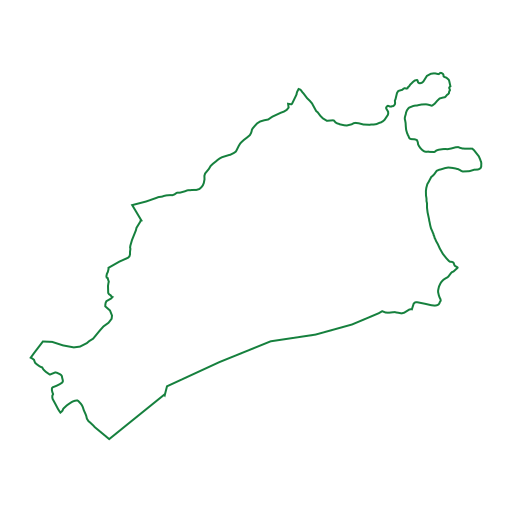 the district of Monchy/Mount Layau, Gros Islet, Saint Lucia
{"feature_id": "8701671B54690332526022", "entity_name": "Monchy/Mount Layau", "entity_type": "district", "adm_level": 2, "iso_a3": "LCA", "parent_name": "Saint Lucia", "parent_adm1": "Gros Islet", "projection": "mercator", "projection_center": [-60.92, 14.069], "detail": "fine", "context": "isolated", "style": "outline", "palette": "green", "viewbox_px": 512, "rotation_deg": 0, "n_neighbors": 0, "source": "geoboundaries", "source_scale": "gbopen_adm2", "svg_char_len": 5990}
<svg xmlns="http://www.w3.org/2000/svg" viewBox="0 0 512 512"><path d="M132.2,205.1L141.4,220.5L140.6,220.7L140.5,221.3L136.5,227.8L135.9,230.3L132.0,240.0L130.4,245.5L130.1,247.4L130.4,248.9L130.0,251.9L130.0,254.4L129.4,256.4L128.1,257.7L119.4,261.6L108.5,267.8L108.5,269.2L107.8,272.0L106.9,273.8L106.4,276.2L106.7,277.6L107.8,278.2L107.9,279.0L108.8,281.8L108.5,282.7L108.0,285.9L108.2,292.9L109.0,294.2L110.0,294.9L110.5,295.1L110.9,295.8L111.2,296.0L112.1,297.0L112.4,297.1L111.1,298.5L106.4,301.2L105.6,303.0L105.3,305.0L105.3,306.4L110.0,310.5L112.0,315.6L111.6,318.8L108.5,322.8L103.5,326.4L100.0,330.3L93.1,338.7L89.2,341.1L86.9,343.1L80.0,346.6L73.8,347.4L63.0,345.4L52.2,341.9L42.9,341.5L34.1,353.0L30.7,357.7L32.4,358.6L34.0,359.8L34.6,361.6L35.2,362.9L36.8,364.3L39.3,366.1L40.5,366.8L42.2,367.4L43.2,369.2L44.0,370.1L45.8,371.8L47.5,373.0L49.7,374.5L50.1,374.5L55.3,372.4L57.0,372.8L60.1,374.3L61.2,375.1L61.9,376.2L62.1,377.5L62.7,379.9L62.9,381.1L62.4,382.3L61.9,382.8L59.7,384.2L56.5,385.8L53.7,386.9L52.7,387.3L52.0,388.1L51.9,388.9L51.9,390.2L52.4,392.3L53.1,394.1L52.9,394.6L52.5,395.3L52.3,395.8L52.3,397.3L52.6,398.9L55.0,403.3L55.8,404.8L57.9,408.8L59.0,410.6L60.4,412.6L61.7,411.5L62.5,410.6L63.2,408.9L63.8,408.2L66.8,405.4L68.6,404.1L71.6,402.1L73.0,401.4L74.7,400.8L77.2,400.4L78.3,401.0L80.9,403.8L82.0,405.4L82.8,407.1L83.8,410.2L85.5,414.0L86.2,415.8L86.9,418.7L88.5,421.2L90.0,422.4L93.4,425.6L94.8,427.2L109.2,439.1L164.2,394.7L164.7,395.3L167.0,386.3L219.4,362.1L270.7,341.3L315.5,334.6L352.0,324.5L378.8,313.2L382.2,311.2L385.5,312.5L386.3,312.5L387.1,312.7L389.1,312.7L392.4,312.3L394.8,312.1L396.4,312.5L398.0,312.7L401.1,313.3L401.9,313.3L404.2,312.7L409.2,309.6L410.3,309.3L411.5,309.2L411.9,309.3L412.0,308.9L413.7,303.6L414.9,302.5L416.1,302.2L417.6,302.3L425.1,303.8L431.2,305.2L434.6,305.6L435.7,305.5L436.7,305.3L437.8,304.9L438.7,304.3L439.4,303.3L439.7,302.3L440.6,300.9L440.7,300.3L440.4,299.0L439.6,297.5L438.8,295.2L438.1,292.1L438.1,290.6L438.3,289.5L439.0,286.5L440.3,283.7L441.1,282.3L442.4,280.8L443.5,279.7L445.5,278.4L447.5,277.3L448.4,276.5L450.9,273.2L452.0,272.1L453.5,271.5L455.8,269.4L457.3,268.1L457.6,267.7L457.5,267.4L456.8,266.9L455.1,266.0L454.7,265.6L454.4,265.1L454.2,264.5L453.6,262.9L453.1,262.4L452.0,261.9L449.9,261.7L448.8,260.9L446.3,258.2L442.8,253.8L439.8,248.5L437.8,244.1L436.1,241.1L435.1,238.7L434.8,238.4L434.4,237.0L434.1,235.9L433.6,235.1L433.5,234.1L432.7,232.4L432.4,231.5L431.0,228.4L430.2,225.3L429.6,222.2L429.2,220.6L429.1,219.5L427.6,212.5L427.0,207.7L427.0,203.3L426.5,201.0L426.5,198.9L426.3,197.3L426.0,195.6L425.9,191.0L426.3,187.9L427.3,184.2L427.8,183.3L428.5,182.2L431.3,176.9L432.4,176.1L434.2,174.3L436.7,170.8L439.3,169.7L440.5,169.5L442.8,168.8L445.0,168.1L448.3,167.5L452.2,167.9L455.6,168.5L457.2,169.0L457.8,169.0L460.0,170.1L461.4,171.0L462.8,171.5L469.1,171.2L470.4,170.9L474.3,169.7L476.9,169.6L477.9,169.5L479.1,169.1L479.9,168.6L480.7,167.9L481.2,166.6L481.3,163.2L481.0,161.5L480.6,160.9L480.2,159.5L478.8,156.3L474.0,150.2L472.3,148.7L471.1,148.7L470.4,148.6L469.8,148.7L465.0,148.7L463.4,148.5L462.5,148.5L459.9,147.8L458.5,147.2L458.0,147.1L455.6,147.3L451.2,148.5L447.5,149.2L445.4,149.0L443.1,149.1L438.9,149.7L437.2,150.2L436.2,150.6L435.2,151.5L434.2,152.0L430.2,151.9L428.9,151.8L428.4,151.6L426.7,151.8L425.2,151.7L423.7,151.1L423.2,150.7L421.9,149.7L419.8,147.4L419.5,146.7L419.1,146.3L418.1,144.4L417.8,142.3L417.0,140.2L415.7,139.6L414.5,139.3L411.2,139.1L410.0,138.7L409.5,138.3L409.1,137.7L408.4,135.9L407.7,134.7L407.5,133.9L407.1,133.2L406.9,132.4L406.4,130.8L406.1,129.5L405.8,126.4L405.6,123.0L405.2,120.7L404.8,119.0L404.8,117.9L405.1,116.4L405.8,114.1L406.0,112.7L406.9,110.4L408.4,108.3L409.2,107.6L413.2,106.0L415.0,105.6L417.1,105.5L418.5,105.1L421.6,104.5L425.9,104.3L427.8,104.6L430.5,105.3L431.4,105.7L432.3,105.5L434.7,103.7L437.2,100.8L439.6,98.5L442.8,97.6L444.9,97.2L445.6,96.6L447.1,94.8L448.2,94.1L449.0,93.0L449.0,92.3L449.3,91.2L449.9,90.4L449.8,89.4L449.3,88.4L449.2,87.7L449.9,86.6L450.4,86.3L449.2,80.9L448.7,79.7L446.4,77.7L444.2,76.9L443.5,76.1L443.5,75.0L442.9,73.9L441.5,73.0L440.3,72.9L438.8,74.1L437.8,74.0L435.2,73.4L433.6,73.4L430.8,73.8L426.9,75.9L423.3,81.6L421.8,82.8L420.3,83.2L419.2,83.2L418.1,82.4L417.5,80.4L417.0,80.0L414.8,80.5L413.1,81.8L411.5,83.4L410.3,84.5L409.1,86.3L407.8,87.4L407.5,88.3L406.5,88.6L404.7,88.2L403.5,88.7L402.3,89.8L399.1,90.7L398.1,91.2L397.0,93.0L395.5,99.2L394.9,100.6L395.0,102.2L395.1,102.7L395.0,104.0L394.2,105.3L393.2,106.1L391.7,106.3L391.2,106.6L389.7,106.5L388.5,105.9L388.1,106.0L387.5,105.9L386.2,107.4L386.2,108.5L388.1,111.7L388.2,113.6L387.8,115.0L384.5,119.9L382.6,121.5L382.1,121.7L381.0,122.4L379.5,122.8L376.5,124.1L373.9,124.5L371.3,124.5L369.5,124.8L367.6,124.7L363.4,124.5L358.8,123.3L355.5,122.9L353.7,123.2L351.7,124.3L346.8,125.5L344.4,125.3L339.7,124.3L339.0,123.9L337.2,123.4L335.5,122.4L334.0,120.6L332.9,120.3L326.9,120.8L322.9,118.4L320.4,115.9L317.7,112.3L316.2,111.1L312.6,104.5L312.1,103.5L309.8,100.8L307.1,98.2L303.4,93.3L302.5,92.4L301.0,90.3L300.2,89.6L298.6,89.0L297.1,91.9L296.6,93.7L296.6,94.2L296.0,95.6L292.2,103.4L291.8,104.0L291.3,104.3L288.1,103.8L288.6,107.6L286.7,109.9L283.9,111.6L280.9,112.7L272.5,116.6L270.8,117.7L268.2,119.5L264.1,120.3L260.1,121.5L257.1,123.4L254.8,125.9L252.6,128.5L251.9,129.8L251.6,131.3L251.0,133.1L249.8,135.2L247.2,137.4L243.9,139.9L241.4,142.2L240.2,143.5L238.8,145.8L236.6,150.2L236.0,151.3L235.7,151.7L233.8,153.0L230.2,154.8L229.1,155.0L223.3,156.8L221.8,157.3L219.6,158.5L217.4,160.1L216.3,161.1L213.0,163.7L211.1,165.5L210.6,166.0L208.9,168.9L205.1,173.5L204.4,175.8L204.5,179.4L203.8,183.0L202.8,185.4L201.4,187.2L199.4,189.0L196.5,189.9L191.7,190.0L190.3,190.2L188.4,190.2L187.2,190.4L184.9,191.3L180.2,192.6L179.0,192.7L177.4,192.7L176.6,192.9L174.5,194.4L172.4,195.2L170.4,195.1L166.4,195.4L164.1,195.9L162.1,196.6L158.4,197.1L156.4,197.9L146.1,201.5L132.2,205.1Z" fill="none" stroke="#15803d" stroke-width="2"/></svg>